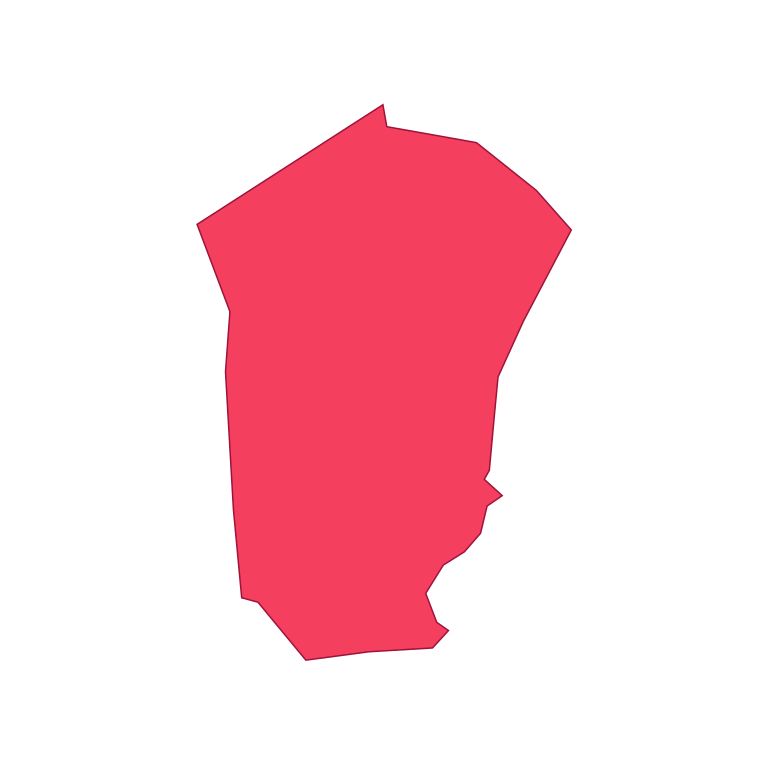 Adair, Kentucky, United States of America, rotated 143°
{"feature_id": "52423323B87676226812145", "entity_name": "Adair", "entity_type": "district", "adm_level": 2, "iso_a3": "USA", "parent_name": "United States of America", "parent_adm1": "Kentucky", "projection": "natural_earth1", "projection_center": [-85.268, 37.118], "detail": "fine", "context": "isolated", "style": "filled", "palette": "rose", "viewbox_px": 768, "rotation_deg": 143, "n_neighbors": 0, "source": "geoboundaries", "source_scale": "gbopen_adm2", "svg_char_len": 507}
<svg xmlns="http://www.w3.org/2000/svg" viewBox="0 0 768 768"><g transform="rotate(143 384 384)"><path d="M437.2,624.0L463.5,534.5L503.2,489.2L579.9,374.2L626.3,298.9L616.0,285.6L612.6,210.5L557.3,179.3L504.1,144.0L480.9,148.3L485.3,161.9L476.7,191.7L445.6,203.7L420.7,201.6L396.7,206.7L375.1,224.5L356.8,223.7L361.3,247.5L351.8,251.7L316.2,290.9L288.7,321.0L235.0,350.2L141.7,394.3L145.8,446.7L164.9,521.1L226.9,587.8L216.8,607.7L437.2,624.0Z" fill="#f43f5e" stroke="#9f1239" stroke-width="1.5"/></g></svg>